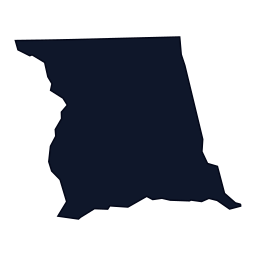 Montgomery, North Carolina, United States of America (Mercator projection)
{"feature_id": "52423323B62782413793554", "entity_name": "Montgomery", "entity_type": "district", "adm_level": 2, "iso_a3": "USA", "parent_name": "United States of America", "parent_adm1": "North Carolina", "projection": "mercator", "projection_center": [-79.888, 35.324], "detail": "fine", "context": "isolated", "style": "filled", "palette": "ink", "viewbox_px": 256, "rotation_deg": 0, "n_neighbors": 0, "source": "geoboundaries", "source_scale": "gbopen_adm2", "svg_char_len": 818}
<svg xmlns="http://www.w3.org/2000/svg" viewBox="0 0 256 256"><path d="M61.2,39.9L38.3,40.3L36.6,40.3L15.4,40.6L18.0,49.8L29.8,55.7L32.1,54.8L44.7,62.4L47.9,76.8L52.0,83.7L50.6,90.3L63.0,98.1L67.4,105.1L61.4,112.1L61.6,118.7L55.3,129.5L55.8,136.2L50.5,146.2L48.8,161.7L51.7,171.0L60.1,179.6L66.7,201.7L57.9,216.1L78.5,219.0L79.9,217.7L80.1,217.6L80.2,217.4L94.4,208.6L107.7,209.1L109.8,205.8L127.9,207.0L146.7,196.3L152.7,199.5L161.9,198.2L170.2,200.1L189.5,200.8L190.0,200.5L190.8,200.0L201.6,201.5L208.9,198.3L217.2,200.4L229.6,209.0L240.6,206.1L240.5,205.5L240.6,205.3L240.4,205.2L240.4,204.9L240.5,204.7L240.3,204.4L240.2,204.2L235.4,202.9L224.5,193.4L217.4,166.4L207.5,163.5L201.9,151.6L202.7,139.3L184.9,65.8L184.9,65.7L181.2,54.5L179.7,37.0L61.2,39.9Z" fill="#0f172a" stroke="#020617" stroke-width="1.5"/></svg>